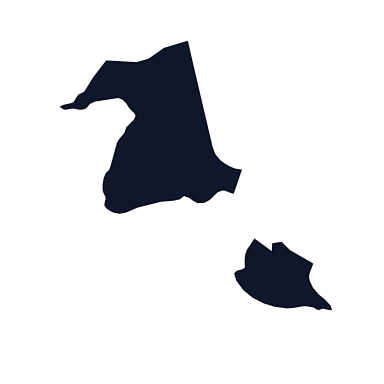 an SVG outline of Misamis Oriental, rotated 256°
{"feature_id": "PHL-2595", "entity_name": "Misamis Oriental", "entity_type": "Province", "adm_level": 1, "iso_a3": "PHL", "parent_name": "Philippines", "parent_adm1": "", "projection": "albers", "projection_center": [124.782, 8.703], "detail": "fine", "context": "isolated", "style": "filled", "palette": "ink", "viewbox_px": 384, "rotation_deg": 256, "n_neighbors": 0, "source": "natural_earth", "source_scale": "10m", "svg_char_len": 1620}
<svg xmlns="http://www.w3.org/2000/svg" viewBox="0 0 384 384"><g transform="rotate(256 192 192)"><path d="M181.2,231.8L182.3,229.8L185.8,224.9L186.9,222.1L186.3,216.6L180.7,206.9L179.3,201.1L180.6,195.0L184.0,191.3L187.8,188.1L190.8,183.5L188.6,178.1L188.8,172.0L190.8,159.5L190.8,135.5L188.8,122.9L189.1,116.7L191.7,111.2L193.9,108.6L196.8,105.9L200.0,104.5L203.1,105.6L206.3,107.5L209.1,107.5L212.0,106.7L215.5,106.5L220.6,107.8L226.2,110.2L230.7,113.4L232.6,117.1L235.1,119.1L257.1,131.5L259.3,133.4L265.7,141.7L270.0,144.3L275.6,153.6L279.2,156.4L281.9,156.2L287.9,152.5L294.0,150.4L298.8,147.7L301.8,143.4L304.0,119.5L302.9,114.1L301.9,112.5L300.6,110.9L299.5,109.1L299.1,106.5L299.7,103.1L302.3,97.5L302.9,93.9L303.0,90.3L303.6,88.2L305.1,86.5L306.3,85.5L306.6,86.5L306.9,89.8L306.7,96.5L307.4,99.4L309.3,101.5L311.6,103.5L313.4,105.9L314.6,112.0L326.4,124.1L339.6,140.7L330.6,169.7L331.1,182.2L337.9,199.8L339.0,223.8L314.1,223.3L230.2,222.1L222.7,223.1L215.7,226.4L215.6,226.5L211.4,229.9L207.0,234.4L203.4,239.5L201.3,244.8L181.2,231.8ZM44.4,298.5L44.4,298.4L45.5,295.8L47.8,291.3L48.0,290.0L47.6,287.1L47.8,285.8L48.7,284.7L50.6,283.2L51.5,281.8L54.1,275.9L55.0,272.9L55.7,262.5L56.8,256.5L61.2,245.0L67.0,235.4L74.9,226.2L84.6,218.8L95.4,214.3L102.4,214.0L104.1,216.9L103.9,221.4L105.3,225.9L106.7,226.0L113.2,227.4L113.7,227.8L115.6,228.2L118.0,229.2L122.1,231.8L130.7,241.3L113.6,255.5L122.0,257.9L121.3,266.4L111.2,272.6L93.1,291.4L85.0,285.7L81.3,284.2L76.6,284.1L69.7,285.5L62.1,289.2L61.0,289.9L55.1,294.3L48.0,298.3L44.5,298.5L44.4,298.5Z" fill="#0f172a" stroke="#020617" stroke-width="1.5"/></g></svg>